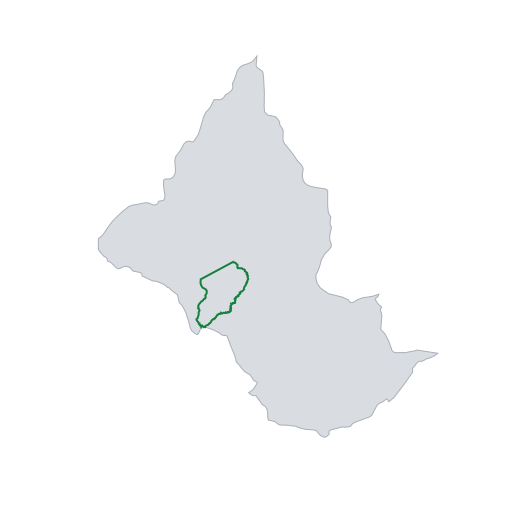 location of Bamingui, Bamingui-Bangoran, Central African Republic, rotated 255°
{"feature_id": "33826404B40726346610529", "entity_name": "Bamingui", "entity_type": "district", "adm_level": 2, "iso_a3": "CAF", "parent_name": "Central African Republic", "parent_adm1": "Bamingui-Bangoran", "projection": "natural_earth1", "projection_center": [19.692, 7.894], "detail": "fine", "context": "in_parent", "style": "outline", "palette": "green", "viewbox_px": 512, "rotation_deg": 255, "n_neighbors": 0, "source": "geoboundaries", "source_scale": "gbopen_adm2", "svg_char_len": 6687}
<svg xmlns="http://www.w3.org/2000/svg" viewBox="0 0 512 512"><g transform="rotate(255 256 256)"><path d="M348.8,185.1L353.2,186.4L353.9,188.0L352.7,193.0L353.6,196.2L356.1,198.9L358.6,200.0L361.0,200.7L369.3,202.3L372.8,204.2L377.4,210.1L383.1,215.6L384.5,218.4L384.3,221.0L382.6,224.2L382.8,225.5L385.5,228.7L388.5,231.9L394.1,235.5L403.7,241.2L408.1,245.0L409.6,247.8L412.0,250.9L415.5,253.8L417.8,256.0L416.2,262.2L416.7,264.2L417.6,266.0L419.6,268.4L420.4,271.6L422.4,275.5L424.7,277.3L428.7,277.9L430.8,279.8L435.1,282.9L439.3,285.6L441.1,287.4L442.2,289.1L443.2,291.0L443.7,293.0L443.8,297.2L444.5,302.4L446.8,305.9L448.9,308.6L440.3,305.5L439.0,305.5L437.5,306.0L433.1,309.7L431.6,310.2L426.0,309.4L412.3,306.5L401.8,303.6L398.6,302.6L393.0,301.6L389.3,303.5L385.8,310.2L384.8,311.5L379.4,313.5L376.8,312.9L370.5,314.8L360.7,312.0L357.2,312.6L354.5,313.9L347.4,317.0L343.2,318.7L338.2,320.3L333.5,322.7L330.4,324.0L327.3,324.0L324.5,322.6L321.4,321.4L317.7,321.2L313.9,321.9L310.7,324.5L309.4,326.4L306.6,331.5L303.2,339.7L301.9,341.3L300.8,342.2L285.5,338.1L278.9,337.1L274.4,338.4L268.9,336.1L266.4,335.7L265.3,336.4L262.2,335.4L257.1,332.6L252.3,331.4L247.9,331.8L245.3,330.9L243.2,328.2L240.4,323.2L235.4,318.2L228.7,314.3L224.6,311.3L222.9,309.3L219.3,308.2L213.8,308.0L208.5,309.9L201.0,316.1L193.9,328.8L190.0,333.6L186.8,334.9L186.0,337.9L187.6,342.8L188.0,348.4L186.9,357.9L187.3,364.8L185.6,363.7L184.0,360.5L183.3,359.8L178.6,361.3L176.2,362.6L174.9,363.9L173.9,364.1L172.5,362.3L171.3,362.0L169.5,362.3L167.6,362.3L166.4,362.0L165.6,362.2L163.4,361.2L155.4,358.5L154.0,357.6L152.4,357.7L148.3,360.0L146.1,360.7L139.5,362.1L132.4,362.8L129.7,362.8L127.8,363.9L126.6,365.3L124.4,374.1L123.8,375.6L123.9,377.8L123.3,384.8L123.5,387.1L115.0,406.4L113.6,403.2L112.8,399.4L112.4,395.1L112.6,393.9L112.1,392.7L111.4,389.1L112.0,386.8L111.5,384.4L109.8,382.1L108.3,380.3L107.5,378.7L106.8,378.0L105.1,377.7L102.9,376.9L93.5,365.5L83.7,352.8L81.7,348.6L80.9,346.3L83.3,346.0L83.9,345.5L83.9,344.4L82.5,341.2L81.8,337.0L80.6,334.5L76.7,330.6L73.1,327.6L71.9,326.1L71.2,323.9L69.9,310.1L69.2,306.2L68.1,304.5L67.3,303.7L66.9,302.7L67.1,300.3L67.6,298.1L67.6,297.2L68.6,295.3L68.6,282.5L67.4,280.8L65.2,280.8L64.0,278.9L63.1,276.6L63.4,274.9L65.5,272.3L66.9,271.3L71.1,269.3L72.3,268.2L73.0,267.0L73.5,265.3L75.9,258.7L79.5,252.2L81.1,250.8L84.8,241.2L85.6,238.8L86.2,236.3L87.4,234.3L91.4,231.1L94.4,225.4L97.6,225.7L101.0,226.6L105.2,227.0L108.6,225.9L110.7,223.7L121.1,219.8L121.9,216.8L123.5,215.2L125.4,213.8L126.1,213.6L126.2,214.6L127.3,217.8L129.7,220.9L133.1,224.4L134.1,224.2L136.3,221.6L141.7,219.9L143.1,219.2L146.9,215.4L151.5,212.9L154.2,212.0L158.9,209.5L162.2,209.8L167.5,209.4L176.4,208.2L182.8,207.8L186.0,207.3L186.8,206.8L188.1,203.1L189.1,202.1L191.5,200.5L196.2,195.0L199.3,190.3L200.2,188.6L200.9,188.3L202.2,186.3L200.9,184.3L195.6,180.1L195.7,179.5L195.4,178.8L195.7,178.2L197.7,176.5L200.4,174.6L203.3,173.9L210.9,174.0L217.3,173.6L218.8,173.7L223.8,172.7L227.3,171.8L230.8,169.8L238.8,170.1L245.5,165.0L247.4,164.0L248.2,163.2L248.5,162.5L251.6,160.4L255.1,156.3L257.8,152.5L258.6,149.8L266.1,140.8L268.7,141.0L270.0,139.9L273.0,133.9L273.9,132.8L277.0,131.7L278.5,129.9L279.8,127.3L279.8,124.0L279.2,121.4L279.2,120.1L279.9,118.9L281.1,117.8L286.8,114.5L288.3,113.0L289.2,111.6L290.8,111.3L292.5,111.4L293.6,110.6L294.9,109.1L298.8,107.1L302.5,105.6L306.4,106.2L313.4,108.2L315.5,112.5L316.5,114.0L325.1,124.1L326.8,126.6L331.1,133.9L333.7,138.9L336.8,146.1L337.1,149.9L336.7,153.3L336.1,162.7L335.3,165.4L331.6,170.5L331.4,172.8L332.2,174.7L333.3,175.5L334.1,176.4L333.6,180.8L335.0,182.5L337.9,183.7L345.1,184.5L348.8,185.1Z" fill="#d9dde1" stroke="#a8b0b8" stroke-width="1"/><path d="M201.8,184.7L202.0,184.8L202.0,185.1L202.1,185.3L202.3,185.5L202.6,185.6L202.7,185.8L202.4,185.9L202.3,186.0L202.1,186.0L201.9,186.2L201.7,186.6L201.3,186.9L201.1,186.9L200.9,186.9L201.0,187.7L200.7,188.1L200.4,188.3L200.4,188.5L201.2,189.1L201.6,189.3L201.8,190.5L202.1,192.6L202.8,193.0L203.3,194.7L204.0,195.6L204.5,195.7L204.9,196.2L205.4,196.8L205.7,197.3L205.7,197.9L206.0,198.2L206.2,198.5L205.9,199.1L206.1,199.4L206.2,199.8L206.3,200.2L206.7,200.2L207.0,200.8L207.3,201.5L207.9,201.9L208.3,202.6L209.0,203.1L209.1,204.1L209.5,204.5L209.5,204.8L209.7,205.1L209.8,205.5L209.5,205.9L209.3,206.5L209.5,207.0L210.2,207.5L209.6,207.9L209.2,208.2L209.3,209.0L209.6,209.8L209.4,210.4L208.9,211.1L209.1,211.5L209.3,211.8L209.5,212.2L209.4,212.4L208.9,212.7L208.5,213.2L208.6,213.6L208.8,214.1L209.2,214.3L209.3,214.7L209.1,215.0L208.6,215.3L208.5,215.7L209.2,216.8L209.6,217.6L210.1,217.7L210.1,217.4L210.3,217.0L210.7,217.0L211.3,217.8L211.5,218.2L211.8,218.2L211.8,217.6L212.0,217.6L212.5,218.2L212.9,218.6L213.3,218.5L213.6,218.2L214.0,218.2L214.3,218.4L214.5,218.7L214.6,219.1L215.1,219.4L215.5,219.7L215.9,219.6L216.3,219.6L216.2,219.8L215.8,220.3L215.8,220.7L216.4,220.9L216.7,221.3L216.5,222.0L216.1,222.7L216.1,223.6L216.4,223.8L217.1,224.0L217.5,223.9L217.8,224.1L218.0,224.1L218.3,224.1L218.6,224.3L218.8,224.8L219.2,224.9L219.6,224.3L219.9,224.2L220.1,224.9L220.6,224.9L220.6,225.6L220.8,225.9L221.5,226.1L221.5,226.6L221.6,227.5L221.6,228.3L221.9,228.8L222.2,228.8L222.6,228.4L222.8,228.7L223.0,229.4L223.3,230.0L223.8,231.1L224.3,231.0L224.7,230.8L225.5,231.9L225.3,232.9L225.9,234.4L226.7,235.5L227.0,235.9L227.4,235.8L227.8,236.0L228.7,236.5L229.4,237.0L229.7,237.6L230.0,238.1L230.4,238.4L230.8,238.5L231.2,239.1L231.6,239.5L232.3,239.5L232.5,240.1L232.7,240.4L233.2,240.4L233.8,241.2L234.7,241.4L235.1,241.8L235.7,242.5L236.0,242.5L236.4,242.6L236.8,242.5L237.4,242.4L238.0,242.4L238.3,242.7L238.7,243.0L238.9,243.1L239.3,242.9L239.7,242.6L240.1,242.8L240.4,242.8L240.6,242.6L240.7,242.3L241.0,242.2L241.6,243.1L242.1,243.0L242.6,242.5L243.3,242.2L244.1,241.3L245.3,241.6L246.0,241.2L246.9,239.7L247.7,239.3L248.0,238.4L248.6,236.5L248.9,235.3L250.1,235.0L250.7,235.4L251.2,235.4L251.7,235.8L252.5,235.8L253.4,235.0L254.1,234.7L254.9,234.2L255.9,232.2L256.2,232.2L247.8,196.6L244.2,195.4L241.0,195.6L239.1,196.4L237.1,198.6L235.4,199.4L233.5,199.0L232.6,198.5L231.7,197.7L231.1,196.8L230.1,196.8L229.0,196.7L228.7,196.2L228.1,195.9L228.1,195.0L227.7,194.3L226.5,192.8L226.2,191.3L224.4,188.9L224.0,188.2L223.5,188.0L223.1,187.6L222.7,187.3L222.4,187.3L222.0,187.0L221.3,187.1L220.9,187.1L220.4,186.9L220.2,186.6L219.8,186.9L219.6,187.1L218.9,187.3L218.4,187.4L217.7,187.2L216.8,186.3L216.1,185.9L215.4,185.8L213.3,185.0L212.5,184.3L211.0,183.5L210.4,182.1L208.9,182.1L207.5,183.0L206.7,183.0L205.9,183.2L205.7,183.8L205.0,183.4L204.5,183.9L203.7,183.9L203.6,184.4L202.9,184.3L201.8,184.7Z" fill="none" stroke="#15803d" stroke-width="2"/></g></svg>